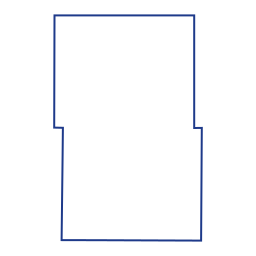 Kidder, North Dakota, United States of America (Mercator projection)
{"feature_id": "52423323B48688869895164", "entity_name": "Kidder", "entity_type": "district", "adm_level": 2, "iso_a3": "USA", "parent_name": "United States of America", "parent_adm1": "North Dakota", "projection": "mercator", "projection_center": [-99.858, 46.979], "detail": "fine", "context": "isolated", "style": "outline", "palette": "blue", "viewbox_px": 256, "rotation_deg": 0, "n_neighbors": 0, "source": "geoboundaries", "source_scale": "gbopen_adm2", "svg_char_len": 259}
<svg xmlns="http://www.w3.org/2000/svg" viewBox="0 0 256 256"><path d="M72.2,15.4L54.5,15.4L54.2,127.6L62.9,127.8L62.6,156.0L61.6,240.1L98.2,240.2L201.1,240.6L201.8,127.9L194.2,128.0L194.2,15.4L72.2,15.4Z" fill="none" stroke="#1e3a8a" stroke-width="2"/></svg>